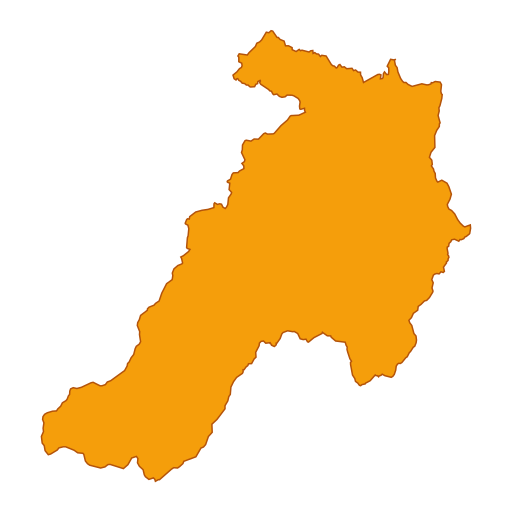 Pitalito, Huila, Colombia (Robinson projection)
{"feature_id": "7082276B60713931967074", "entity_name": "Pitalito", "entity_type": "district", "adm_level": 2, "iso_a3": "COL", "parent_name": "Colombia", "parent_adm1": "Huila", "projection": "robinson", "projection_center": [-76.125, 1.831], "detail": "fine", "context": "isolated", "style": "filled", "palette": "amber", "viewbox_px": 512, "rotation_deg": 0, "n_neighbors": 0, "source": "geoboundaries", "source_scale": "gbopen_adm2", "svg_char_len": 5959}
<svg xmlns="http://www.w3.org/2000/svg" viewBox="0 0 512 512"><path d="M470.3,224.9L464.8,226.9L463.3,226.1L460.1,223.0L457.6,219.5L454.7,213.9L451.6,210.5L449.0,209.1L447.7,206.6L447.3,204.4L450.0,199.1L451.4,194.2L448.8,186.6L447.0,183.2L441.8,180.2L437.8,182.1L437.0,181.3L435.5,178.0L435.2,173.4L434.0,171.3L433.5,169.0L431.4,165.9L432.3,164.4L431.8,160.2L429.4,157.3L431.0,152.3L434.9,147.4L434.6,135.6L436.7,130.4L439.3,126.5L439.4,123.8L440.1,122.9L438.1,115.5L439.2,111.0L438.9,107.7L439.9,105.8L441.8,98.4L442.2,94.5L441.4,93.8L440.8,91.2L441.5,84.7L440.1,82.1L435.2,81.5L432.6,82.8L431.3,82.6L430.9,83.9L428.4,84.8L426.8,84.9L421.8,83.8L412.1,86.4L408.0,84.4L406.0,82.5L403.8,82.5L402.4,81.1L400.6,78.4L397.9,71.9L397.1,67.6L395.4,65.3L394.4,60.1L395.9,59.3L393.8,59.9L390.6,59.3L387.2,66.2L388.7,67.8L388.8,71.5L388.4,74.4L386.7,74.6L384.5,71.9L383.4,73.7L383.1,77.6L382.4,78.5L380.4,78.8L381.0,74.9L379.6,74.3L377.8,74.5L363.5,82.5L362.2,77.7L360.6,74.9L360.5,72.2L358.0,72.1L355.6,70.0L353.6,70.6L352.0,68.3L346.7,68.7L344.3,66.8L342.0,67.2L339.9,64.5L338.6,65.1L337.1,67.6L336.2,68.0L334.4,66.1L332.9,65.8L331.4,64.6L326.1,56.0L321.7,55.3L320.4,56.5L318.5,54.1L316.4,53.9L314.8,52.6L313.1,53.4L312.8,50.5L310.7,50.8L309.0,52.0L302.0,50.2L300.4,50.7L299.2,49.4L296.1,51.5L295.2,51.1L292.2,49.7L292.1,47.6L288.5,45.8L285.5,45.8L284.1,41.1L280.0,39.4L278.4,37.5L277.0,37.4L272.7,31.1L271.1,30.7L268.9,32.7L266.3,32.2L261.6,40.0L259.5,42.0L256.8,43.2L255.4,46.5L249.0,52.7L247.3,55.0L239.2,53.8L237.9,56.0L238.8,57.2L238.8,61.7L241.7,63.2L242.1,65.7L241.4,67.5L239.5,68.6L237.0,71.8L233.0,75.1L234.1,78.7L236.0,80.0L236.8,78.8L237.7,78.6L238.9,80.4L240.6,81.3L242.1,83.1L244.7,83.6L246.3,85.0L248.2,85.1L249.6,86.6L250.6,87.0L254.6,86.7L255.8,84.3L257.6,83.6L257.8,81.6L260.1,80.4L260.4,81.0L259.7,82.6L260.8,84.3L268.6,89.5L269.7,90.8L271.5,91.3L272.7,93.8L273.7,94.7L276.9,94.0L279.4,96.4L281.9,97.3L285.1,96.8L287.1,95.1L292.0,95.2L293.8,95.8L298.1,98.4L299.6,100.5L300.1,102.1L299.5,106.1L299.8,108.9L300.7,109.3L304.5,108.3L304.6,110.6L305.4,112.2L298.8,115.2L291.1,115.6L290.1,116.2L287.5,120.0L281.0,125.6L274.2,133.4L273.0,133.9L267.5,134.1L265.3,133.0L263.7,133.7L258.4,139.2L254.1,139.0L251.0,141.1L246.2,140.2L245.0,140.7L242.5,145.0L242.3,149.9L241.5,152.5L244.9,159.7L244.4,161.6L241.9,163.4L243.8,165.9L243.9,168.6L239.5,171.0L238.1,172.6L233.3,172.9L232.0,174.5L230.5,179.2L227.5,180.9L227.2,181.8L227.8,182.4L229.8,183.2L229.1,189.6L231.6,192.4L231.2,193.9L228.5,197.8L227.8,204.5L226.5,207.1L225.2,208.5L222.9,207.1L221.5,204.2L219.7,203.8L217.4,204.4L214.7,202.8L214.0,203.8L213.9,207.6L208.0,209.4L201.9,210.3L195.7,212.0L189.7,216.6L189.3,219.0L187.6,218.8L186.7,219.5L185.2,223.2L185.5,223.9L187.9,225.2L188.8,228.7L188.1,235.9L187.4,237.7L186.6,247.5L187.2,248.4L190.0,249.4L188.5,251.6L183.4,255.7L180.8,257.0L181.6,258.5L182.6,263.0L181.9,263.9L177.9,265.5L174.0,268.8L172.3,273.1L172.8,275.5L172.2,279.6L166.6,283.7L161.8,293.1L159.1,301.0L155.5,303.4L154.0,305.2L149.0,307.2L147.5,308.8L147.3,310.3L140.6,315.4L139.3,319.7L137.7,322.6L137.3,325.5L139.7,331.6L139.5,334.6L140.6,341.7L139.2,344.2L136.3,346.3L135.2,348.6L133.7,354.5L131.1,357.8L129.2,361.9L127.6,363.5L127.1,366.1L124.6,370.6L110.7,380.7L107.3,382.0L105.4,384.6L101.9,385.8L100.1,385.8L93.1,382.3L91.0,382.8L81.4,387.3L76.9,388.5L73.2,387.7L70.6,388.9L69.8,391.1L69.6,394.4L68.4,395.9L67.1,399.3L65.9,400.7L62.4,402.8L60.7,406.2L57.9,408.8L56.5,410.9L52.5,411.2L47.2,412.8L44.6,414.3L43.0,416.6L42.6,419.4L43.9,422.9L43.1,428.2L43.5,431.6L41.4,436.4L42.2,443.1L44.2,445.6L45.1,450.7L48.3,454.7L50.7,454.0L57.3,450.0L58.9,447.9L63.2,446.8L65.7,446.8L74.0,450.2L77.7,452.8L82.9,453.3L83.8,454.4L85.4,461.0L87.5,463.7L89.7,465.2L100.6,468.0L105.0,466.9L107.9,464.6L110.1,464.4L123.4,468.6L127.9,464.7L131.7,458.0L136.4,456.4L137.9,458.6L137.5,462.8L139.4,466.3L143.1,469.7L144.3,474.8L145.4,476.7L148.9,479.4L153.4,477.9L154.8,479.3L155.4,481.3L158.3,479.7L159.5,479.7L171.3,469.3L173.7,467.7L177.6,468.0L179.6,466.6L182.9,463.6L183.8,461.3L195.9,456.8L200.9,448.1L203.5,447.0L205.6,444.6L208.4,436.5L212.2,432.3L211.9,424.2L217.0,419.4L225.0,408.8L225.0,405.7L227.8,400.9L228.8,396.6L230.3,394.4L230.9,387.1L233.5,381.7L236.6,377.4L242.4,373.4L243.1,371.9L243.1,369.7L244.1,369.7L246.0,367.0L247.8,365.6L248.5,363.8L251.6,363.6L254.1,359.0L256.0,357.2L255.7,352.3L259.1,345.7L259.4,343.1L261.1,341.4L263.5,341.0L265.7,343.2L270.1,342.7L270.1,343.5L271.4,344.4L271.5,345.2L274.3,346.5L275.6,345.5L276.2,344.7L276.2,343.3L276.7,343.4L280.1,338.6L281.9,333.8L283.1,332.5L287.6,330.8L292.7,331.7L294.3,331.5L297.7,333.5L300.2,338.8L303.2,339.6L306.0,339.2L307.5,341.8L308.5,342.1L314.0,337.6L322.0,333.5L322.4,332.3L327.3,335.8L330.7,335.9L331.2,337.2L335.6,341.0L345.2,342.2L346.1,345.2L347.2,347.1L347.0,349.4L347.7,352.1L349.9,358.8L351.5,361.2L350.5,362.5L350.6,364.7L352.5,375.0L354.8,378.6L355.5,381.4L357.8,383.1L359.4,385.3L360.6,385.7L362.0,384.6L365.2,383.9L365.5,383.2L370.2,380.7L375.2,375.0L375.9,375.6L377.4,375.7L378.6,376.8L379.1,375.9L380.9,375.4L382.2,374.2L384.9,375.7L391.2,377.3L392.8,376.4L394.3,374.4L395.7,370.2L396.2,366.2L397.5,364.1L398.8,363.3L400.3,363.5L401.9,362.5L405.8,357.7L407.2,356.8L409.4,352.5L410.4,351.7L413.3,347.2L414.7,346.3L416.1,342.8L416.5,340.1L416.0,336.0L413.9,333.5L411.8,325.5L409.7,322.7L408.9,320.3L411.4,317.7L413.4,313.3L417.7,310.2L418.2,306.4L420.9,304.5L424.5,300.9L426.7,300.4L429.4,297.6L432.7,292.2L433.0,291.1L432.0,288.0L433.2,282.8L431.8,279.6L433.4,275.1L434.7,274.1L436.8,273.5L439.1,273.9L441.0,271.8L443.2,272.5L444.4,271.4L443.5,267.1L446.5,263.0L446.3,262.1L448.0,260.5L448.2,258.6L448.9,257.4L448.6,255.9L447.6,254.5L448.0,253.3L447.1,248.4L447.3,247.0L448.6,246.4L449.1,243.3L450.8,241.7L451.7,239.8L454.5,239.2L458.8,241.2L460.0,239.5L461.2,239.7L463.7,238.7L465.1,236.8L466.2,236.5L469.2,234.1L469.7,233.5L470.6,228.3L470.3,224.9Z" fill="#f59e0b" stroke="#b45309" stroke-width="1.5"/></svg>